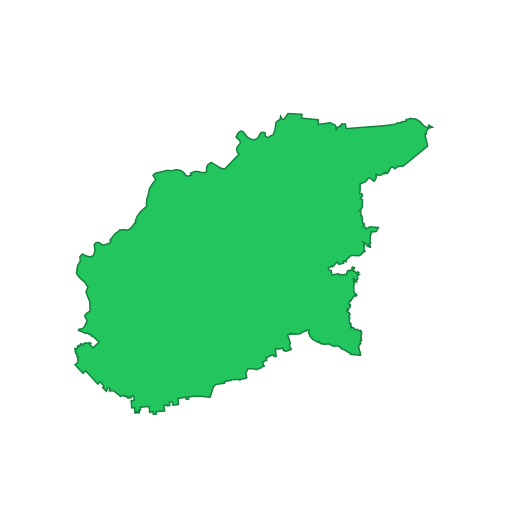 Coatzintla, Veracruz, Mexico (orthographic projection), rotated 347°
{"feature_id": "50627088B29879698863808", "entity_name": "Coatzintla", "entity_type": "district", "adm_level": 2, "iso_a3": "MEX", "parent_name": "Mexico", "parent_adm1": "Veracruz", "projection": "orthographic", "projection_center": [-97.52, 20.428], "detail": "fine", "context": "isolated", "style": "filled", "palette": "green", "viewbox_px": 512, "rotation_deg": 347, "n_neighbors": 0, "source": "geoboundaries", "source_scale": "gbopen_adm2", "svg_char_len": 6090}
<svg xmlns="http://www.w3.org/2000/svg" viewBox="0 0 512 512"><g transform="rotate(347 256 256)"><path d="M68.0,287.4L66.9,287.7L66.3,288.5L72.7,293.1L74.9,293.4L75.6,294.7L77.6,295.4L77.8,297.3L78.8,297.1L83.7,304.6L76.6,308.8L74.2,304.7L75.5,303.8L74.2,303.1L72.2,303.2L70.1,302.2L68.5,302.7L68.0,303.6L65.7,302.1L64.8,304.0L63.6,303.1L63.0,304.5L61.8,303.7L60.7,306.5L58.7,305.5L58.5,310.5L59.4,310.9L59.1,313.5L59.9,313.9L59.1,314.7L59.8,315.6L59.7,316.2L58.9,316.7L59.1,317.7L58.4,319.6L55.2,321.2L61.0,331.4L64.2,329.5L73.0,345.2L76.0,343.6L78.7,348.7L77.0,349.7L79.7,354.2L82.2,351.2L83.2,351.5L84.0,352.3L82.8,354.5L87.1,355.4L92.6,362.5L94.8,361.7L96.0,363.0L96.4,362.7L97.7,363.5L97.6,363.9L99.5,364.2L99.2,365.6L102.3,366.1L102.5,364.6L105.4,365.1L104.8,369.2L101.9,368.8L100.7,376.0L103.4,376.4L102.7,381.8L104.3,382.0L104.4,380.7L105.9,380.9L105.8,382.3L107.1,382.6L107.4,379.9L108.9,380.1L109.3,377.3L118.0,378.6L117.2,384.3L120.5,384.7L120.3,387.1L123.4,387.6L123.7,385.2L132.1,386.5L132.6,380.7L135.7,381.2L135.6,381.9L138.4,382.3L138.9,378.7L141.7,379.3L141.5,382.7L147.0,383.2L148.0,377.2L156.1,377.9L155.8,380.0L158.2,380.3L158.4,378.1L165.7,379.0L168.2,380.0L169.3,379.8L179.4,383.3L185.3,373.6L188.1,372.1L196.7,372.9L196.9,371.3L203.8,371.6L203.9,370.9L211.4,372.4L212.2,373.3L213.8,372.8L218.9,372.9L219.6,372.4L219.8,367.5L222.9,364.1L228.4,365.4L230.6,366.8L236.1,366.0L237.2,365.2L239.1,365.3L238.6,360.8L243.1,359.9L242.9,357.4L250.4,355.9L250.9,357.9L253.1,358.3L254.0,350.9L257.6,351.8L261.5,351.9L261.4,354.2L263.9,355.6L269.4,354.9L268.4,351.4L268.5,350.4L269.7,349.1L269.8,347.3L269.0,340.2L271.7,339.4L272.2,340.1L272.9,339.2L273.3,339.2L273.2,340.2L275.2,340.3L275.5,340.9L281.3,341.7L285.1,340.5L291.3,339.9L290.1,342.6L290.6,346.5L292.5,350.0L296.7,353.8L298.3,353.6L298.2,354.7L299.6,356.1L303.8,357.7L306.0,357.7L307.9,358.5L310.9,361.2L315.7,362.1L317.0,363.1L318.5,365.7L321.9,368.0L322.9,369.5L325.3,371.2L326.0,373.1L335.3,376.2L335.8,375.6L335.5,368.7L336.0,366.5L338.5,364.7L337.9,363.4L338.9,362.7L338.9,361.8L340.0,361.7L339.6,360.0L340.3,359.6L340.2,357.1L341.4,355.8L341.7,353.7L341.4,352.5L340.9,353.1L340.4,352.0L339.1,351.6L338.1,350.3L336.0,350.1L334.7,347.7L332.1,347.1L333.2,345.8L332.7,343.8L333.2,343.3L332.4,342.9L332.3,339.2L333.5,337.9L332.7,335.9L334.1,334.9L334.5,333.5L334.0,332.3L333.3,332.4L333.1,331.2L332.4,331.3L332.2,329.6L333.1,329.7L333.1,328.3L333.9,329.0L336.6,326.3L336.9,324.8L336.2,325.1L335.5,323.7L337.6,320.6L338.1,321.1L342.6,317.0L343.7,316.8L343.8,317.5L345.2,317.3L345.3,316.4L344.9,316.4L344.8,315.4L344.0,315.1L343.4,312.3L344.6,306.5L345.6,305.2L345.6,304.0L346.7,303.4L345.4,302.1L346.0,301.1L345.5,300.0L346.4,299.7L347.1,302.9L347.4,302.7L348.2,303.9L348.9,301.6L350.0,301.4L350.2,298.5L350.7,297.7L352.3,297.3L350.9,296.3L352.5,295.3L351.5,294.2L350.1,295.6L348.5,292.8L347.7,293.1L347.0,291.9L349.4,289.6L347.5,288.4L346.5,289.8L346.8,291.9L344.3,290.9L343.1,291.4L342.5,290.8L341.2,291.8L339.9,294.7L338.4,293.9L335.8,294.0L334.8,293.1L333.4,293.6L332.6,292.0L331.9,291.7L326.0,291.7L325.4,290.2L326.0,289.2L326.0,287.2L323.7,286.0L323.6,284.4L327.3,282.6L328.1,283.8L333.7,280.1L335.0,282.9L339.9,282.6L339.8,280.9L341.5,281.0L342.5,281.9L343.4,279.8L348.0,277.2L349.5,277.0L356.3,278.9L359.0,278.3L361.2,276.4L362.2,276.4L362.4,275.7L363.3,275.8L362.8,274.2L363.0,272.2L364.1,270.1L363.3,269.6L363.9,269.1L363.6,266.6L366.8,270.0L366.6,271.4L367.6,271.3L368.5,272.9L369.4,273.2L369.6,271.8L368.1,270.7L368.7,270.0L370.5,269.7L370.4,267.3L372.3,261.3L373.1,260.6L373.4,258.5L378.6,259.2L381.7,255.8L373.5,253.2L369.5,254.5L369.2,252.6L367.1,251.8L367.0,250.8L368.7,250.1L368.9,249.3L367.7,248.1L367.3,245.9L368.1,243.5L368.2,240.7L367.3,240.3L368.4,235.2L367.0,235.0L370.1,233.0L370.9,231.4L372.4,225.2L370.5,223.0L373.2,221.6L373.2,219.3L371.1,218.7L372.8,213.6L372.3,213.6L373.5,210.8L373.5,209.1L379.0,208.4L383.8,205.0L386.2,207.5L386.7,208.7L388.2,209.8L390.8,206.8L391.3,202.6L391.6,203.5L393.6,205.1L397.1,205.1L399.6,203.8L399.9,204.7L400.9,203.8L401.5,204.9L403.0,204.9L403.1,203.9L404.6,203.6L406.6,200.6L408.7,199.8L411.0,202.2L414.8,200.4L415.2,201.0L418.4,201.0L419.4,201.6L448.0,187.5L447.9,175.4L449.6,175.3L449.9,173.1L452.4,170.8L454.1,170.1L456.8,170.2L453.7,167.3L452.7,169.3L451.5,169.4L448.7,166.8L446.3,162.2L443.2,159.1L442.1,158.2L439.8,157.8L437.0,156.5L435.4,157.2L433.1,156.7L433.1,158.0L432.0,158.0L431.8,158.4L428.1,158.1L426.6,158.7L423.4,158.1L421.0,159.0L409.8,157.8L372.6,152.2L372.7,147.4L369.2,146.7L369.2,147.5L367.7,147.7L367.7,148.8L366.6,148.5L363.9,149.2L362.1,151.5L363.1,147.9L362.3,145.9L359.4,144.0L358.7,142.9L346.4,141.8L347.2,137.2L331.3,131.9L332.7,128.3L319.3,124.4L314.0,129.0L312.5,129.0L312.2,128.5L311.5,125.4L310.6,127.4L309.1,128.8L306.5,129.7L305.3,130.9L302.9,137.2L299.9,141.9L297.2,142.2L294.3,143.3L292.2,141.9L292.0,140.7L292.6,138.9L292.3,137.9L291.3,137.2L289.4,136.9L287.6,137.5L284.4,141.6L281.2,142.3L278.7,141.8L277.1,141.0L274.3,138.1L271.9,133.0L270.6,131.4L269.4,130.8L266.5,131.9L263.3,135.7L266.4,140.3L266.0,142.6L262.5,145.2L261.1,147.4L261.1,150.6L262.4,152.9L245.6,163.9L243.7,163.7L240.7,161.9L233.7,155.0L232.6,154.9L229.1,156.6L227.8,158.6L226.7,162.8L224.3,163.1L221.5,162.4L219.2,160.9L215.9,159.9L210.8,160.6L211.1,162.7L207.2,162.9L205.5,161.2L204.5,158.5L201.4,155.4L197.9,154.0L192.5,153.9L189.1,152.6L176.5,152.7L173.8,154.2L175.5,159.2L172.0,161.7L167.4,166.3L164.9,171.9L162.3,176.3L161.1,179.8L160.8,182.8L153.6,186.8L149.4,190.4L146.7,194.0L146.0,196.8L145.2,196.6L141.9,199.6L138.2,201.7L135.4,201.7L133.0,200.5L128.6,200.1L127.4,201.1L124.1,202.4L117.3,207.7L118.1,209.0L116.7,210.2L114.2,210.9L109.1,210.9L106.7,208.2L104.9,207.1L103.0,207.0L100.8,208.8L100.5,214.0L98.5,218.0L97.0,219.1L95.0,219.6L93.5,219.3L90.2,217.5L87.2,215.0L84.2,217.1L83.6,221.6L80.2,224.9L77.1,232.4L78.9,236.7L82.1,241.7L83.0,242.1L85.2,248.6L82.2,252.8L83.7,263.0L81.9,272.3L78.5,273.5L76.2,275.0L75.6,276.2L76.8,280.4L76.4,282.1L72.2,286.9L69.8,288.0L68.0,287.4Z" fill="#22c55e" stroke="#15803d" stroke-width="1.5"/></g></svg>